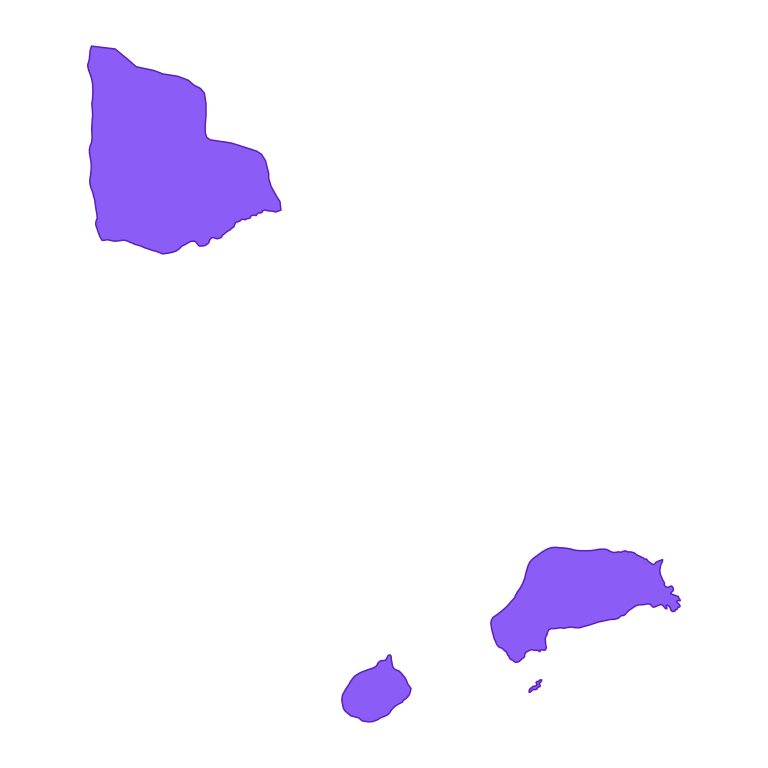 Tongariki, Shefa, Vanuatu (orthographic projection)
{"feature_id": "77236927B69606331838756", "entity_name": "Tongariki", "entity_type": "district", "adm_level": 2, "iso_a3": "VUT", "parent_name": "Vanuatu", "parent_adm1": "Shefa", "projection": "orthographic", "projection_center": [168.594, -16.963], "detail": "fine", "context": "isolated", "style": "filled", "palette": "violet", "viewbox_px": 768, "rotation_deg": 0, "n_neighbors": 0, "source": "geoboundaries", "source_scale": "gbopen_adm2", "svg_char_len": 5946}
<svg xmlns="http://www.w3.org/2000/svg" viewBox="0 0 768 768"><path d="M91.5,46.1L90.1,50.7L89.6,56.2L89.3,59.4L88.4,62.6L87.7,64.8L88.0,67.5L88.8,70.6L89.9,73.4L91.4,77.9L92.5,83.0L92.6,84.4L92.8,87.3L92.9,93.3L92.4,100.7L91.8,103.7L92.1,106.5L92.5,112.0L92.6,116.4L92.2,119.8L92.0,124.2L91.7,128.2L91.9,133.4L92.1,138.0L91.4,143.0L90.3,145.4L89.4,149.3L89.5,153.2L89.8,154.8L90.2,157.2L90.9,161.3L91.3,166.0L91.1,170.4L90.6,174.4L90.5,175.6L89.9,179.2L89.9,183.1L90.5,186.3L91.5,189.2L92.7,192.2L93.6,196.2L94.7,199.7L95.3,204.6L96.0,209.5L96.9,214.2L97.1,216.6L97.2,218.3L96.7,219.5L96.1,221.1L95.6,223.9L96.4,227.0L97.4,229.7L97.7,230.6L98.6,233.4L99.9,236.6L100.8,238.4L102.1,240.4L104.6,240.3L107.0,239.7L109.3,240.1L111.8,240.7L114.9,241.2L119.1,240.8L122.8,240.2L125.7,240.4L127.7,241.2L130.4,242.4L132.3,243.0L134.7,244.3L138.5,245.3L141.2,246.2L144.5,247.7L149.0,249.2L152.5,250.4L157.0,251.6L160.2,252.9L162.7,253.9L166.7,253.4L172.0,252.4L176.2,251.0L178.8,249.2L180.2,247.9L181.3,246.7L181.9,246.0L184.6,244.9L187.3,243.2L190.3,241.6L190.9,241.3L194.4,241.2L196.3,242.4L196.5,242.7L197.9,244.8L199.4,246.1L203.7,245.9L205.9,245.1L208.5,243.1L209.7,240.0L211.4,237.9L213.6,237.5L215.1,238.3L217.2,238.8L220.9,237.7L221.7,236.7L222.5,235.3L227.3,231.4L230.2,229.8L231.6,228.4L233.8,226.9L234.6,224.9L234.8,224.2L235.6,222.7L237.7,221.8L239.8,221.0L241.9,219.3L243.8,219.3L245.4,219.8L246.8,218.7L248.9,218.5L250.3,217.7L251.2,215.7L253.7,215.1L256.1,215.6L257.5,213.7L258.8,212.7L260.1,213.1L262.1,212.2L262.7,210.8L264.6,210.0L266.7,210.5L268.8,211.0L270.8,211.0L273.3,211.4L275.6,212.0L278.0,211.2L280.9,210.1L280.0,201.7L276.0,195.3L271.1,186.4L268.7,178.4L268.7,173.6L265.5,160.7L261.5,154.3L256.6,151.1L231.7,143.1L210.0,139.8L206.8,137.4L205.2,132.6L205.2,125.4L206.0,115.7L206.0,103.6L204.4,93.2L200.4,88.4L194.0,85.2L188.4,80.3L177.9,76.3L162.6,73.9L154.6,70.7L136.1,66.7L129.7,61.0L115.2,49.0L91.5,46.1ZM578.7,627.8L579.7,627.8L583.7,626.5L588.5,625.3L594.0,623.5L598.9,621.9L601.0,621.5L605.3,620.6L610.2,619.5L614.8,619.3L618.4,618.2L620.4,616.4L621.9,615.5L623.6,615.5L625.1,614.6L626.7,612.6L629.3,610.2L632.5,608.0L635.1,606.3L637.6,605.1L640.6,604.8L644.3,604.6L647.9,603.8L650.5,604.4L651.8,606.0L653.2,607.2L654.9,606.9L657.6,605.7L661.0,604.5L662.8,605.4L664.5,607.4L665.5,608.6L666.9,608.7L666.8,607.4L666.5,605.5L667.5,605.2L669.2,606.3L670.3,608.2L671.0,610.5L672.3,611.4L674.1,611.5L675.2,610.7L675.4,609.7L676.7,609.6L676.8,609.5L677.7,608.2L678.0,607.3L679.4,607.1L680.1,606.0L679.1,604.2L677.8,603.0L676.6,601.6L677.3,600.7L680.0,600.8L680.3,600.2L679.1,598.7L678.3,596.5L677.0,596.1L673.0,594.6L670.7,593.8L671.1,592.6L673.0,590.9L673.5,588.8L672.5,586.8L671.1,586.0L667.8,587.4L665.5,586.7L664.4,585.0L664.4,582.8L663.1,580.7L661.9,578.0L660.4,574.5L660.1,573.0L659.8,570.4L660.3,566.9L661.1,564.0L662.5,561.3L662.5,559.7L661.2,560.1L658.2,561.2L656.0,562.2L654.8,563.9L653.2,564.6L649.9,562.5L647.9,561.0L646.5,559.0L644.8,559.3L643.0,557.7L639.6,556.2L636.7,554.8L634.0,552.7L630.4,551.9L627.8,551.9L625.4,550.8L622.7,551.4L621.1,552.3L618.9,551.8L616.0,552.3L613.5,552.5L610.3,551.5L608.1,550.1L606.1,549.3L602.2,549.1L598.7,549.3L594.1,550.2L590.6,550.6L585.5,550.8L582.3,550.7L578.2,550.6L574.2,550.0L571.2,549.1L567.3,548.4L563.5,547.9L560.1,547.8L559.8,547.8L556.4,547.3L551.5,547.6L547.9,548.8L545.5,550.0L543.7,551.0L541.1,552.7L536.7,555.9L534.0,557.8L532.8,558.8L531.5,560.2L529.8,562.2L528.0,565.9L526.8,570.0L525.6,574.3L525.4,575.2L525.0,577.4L523.8,580.7L522.3,584.2L520.0,588.4L519.2,589.5L517.4,591.9L515.4,595.6L515.0,596.8L514.9,597.1L513.8,598.7L513.6,598.9L510.8,601.9L508.3,604.9L505.3,607.9L502.1,610.7L496.6,615.0L493.1,617.3L491.4,620.1L491.0,622.3L490.9,623.0L491.0,624.7L491.4,627.0L491.8,629.3L492.4,632.0L493.0,634.2L493.4,635.3L493.7,636.7L494.2,638.8L495.5,641.3L496.5,644.1L498.3,646.4L499.7,647.5L502.1,648.2L502.2,648.3L503.3,649.4L504.4,650.6L506.3,651.9L507.2,654.0L507.7,655.0L508.8,656.2L509.4,657.9L510.5,659.3L512.6,660.2L514.2,661.6L515.9,662.4L518.6,661.8L520.0,660.8L520.8,660.1L522.1,658.8L523.9,657.5L524.8,656.1L524.7,654.2L525.9,652.4L528.8,650.7L531.7,649.6L534.2,650.3L537.6,650.3L538.9,651.2L539.9,651.6L540.2,650.1L541.2,649.9L543.1,650.1L545.3,650.1L546.1,648.4L546.4,647.7L545.8,645.2L545.5,641.6L545.2,639.2L545.8,636.7L546.9,634.9L547.5,632.5L547.9,631.3L548.3,630.7L549.0,629.6L551.5,628.5L554.3,628.7L557.9,628.1L561.1,627.8L563.9,628.3L566.9,627.6L571.1,627.0L575.0,627.7L578.7,627.8ZM380.9,717.6L382.9,716.9L385.9,715.7L387.7,714.8L389.6,712.8L391.7,709.6L395.4,706.0L398.8,703.9L402.6,702.0L403.2,700.4L406.0,698.6L407.9,696.6L409.6,694.2L410.1,692.2L410.4,691.4L411.0,688.6L409.6,686.4L408.4,684.9L407.7,683.9L406.6,680.8L405.9,679.4L404.7,677.3L402.0,674.0L399.2,671.1L395.2,669.5L393.1,667.5L392.2,664.7L391.8,661.6L391.3,659.8L391.2,657.0L391.1,656.3L390.5,655.2L389.2,654.9L388.3,655.4L387.7,656.2L387.4,656.8L386.4,659.1L385.4,660.2L383.8,660.5L382.1,660.6L380.3,660.9L378.3,662.6L377.2,664.6L376.4,665.9L375.4,666.8L373.2,667.9L371.3,668.6L368.2,669.6L365.1,670.8L361.8,672.0L359.7,673.0L356.3,675.0L354.3,676.6L352.6,678.6L351.9,679.6L350.9,680.9L350.1,682.3L349.0,684.4L347.2,686.9L345.3,689.9L343.3,693.5L342.4,695.4L342.0,698.4L341.8,700.7L342.6,704.3L342.9,706.4L343.6,708.7L345.0,710.9L347.7,713.3L351.2,716.0L355.7,717.1L358.8,717.9L360.3,719.3L362.5,721.0L365.5,721.4L368.7,721.9L372.4,721.6L374.9,720.8L377.9,719.6L379.8,718.3L380.9,717.6ZM535.2,686.0L533.7,686.2L532.6,686.6L531.9,687.6L530.6,688.2L529.5,689.5L529.1,691.0L529.1,692.1L529.8,692.4L531.0,691.5L532.1,690.3L533.6,689.6L535.6,689.6L536.8,689.1L537.5,688.0L538.7,687.0L539.9,686.6L540.3,685.7L539.5,684.0L539.6,682.9L540.8,682.1L541.5,681.0L541.6,680.5L541.5,679.9L540.9,679.7L540.0,680.0L539.1,680.7L538.6,681.1L537.9,681.5L537.1,681.5L536.1,682.3L536.1,682.8L536.5,683.7L536.9,684.8L536.3,685.7L535.2,686.0Z" fill="#8b5cf6" stroke="#5b21b6" stroke-width="1.5"/></svg>